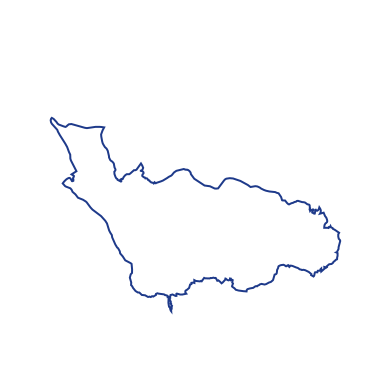 outline of Magherani, Mures, Romania, rotated 241°
{"feature_id": "2599482B35155087466971", "entity_name": "Magherani", "entity_type": "district", "adm_level": 2, "iso_a3": "ROU", "parent_name": "Romania", "parent_adm1": "Mures", "projection": "equal_earth", "projection_center": [24.936, 46.581], "detail": "fine", "context": "isolated", "style": "outline", "palette": "blue", "viewbox_px": 384, "rotation_deg": 241, "n_neighbors": 0, "source": "geoboundaries", "source_scale": "gbopen_adm2", "svg_char_len": 5944}
<svg xmlns="http://www.w3.org/2000/svg" viewBox="0 0 384 384"><g transform="rotate(241 192 192)"><path d="M133.5,275.5L134.0,273.4L134.1,270.9L134.6,270.4L136.3,269.8L139.4,269.3L140.9,266.9L141.2,266.8L144.4,267.5L148.9,267.1L150.0,265.9L151.6,264.7L154.9,260.0L157.2,257.4L158.8,256.0L161.5,254.1L162.7,253.6L164.2,252.6L165.3,251.7L166.4,250.2L168.0,245.6L171.1,244.2L178.2,239.7L183.9,234.5L185.8,231.7L187.0,228.5L187.0,227.0L186.5,225.5L182.5,216.6L183.3,214.7L184.1,213.5L188.3,210.5L191.6,206.1L202.5,200.4L208.1,199.7L209.8,200.2L211.7,199.9L213.2,199.2L213.8,198.4L214.0,198.4L214.8,196.9L215.2,196.8L216.1,195.9L218.1,188.6L217.8,185.7L216.6,182.7L216.4,181.8L216.5,178.9L216.3,177.4L216.1,172.1L216.4,169.7L217.3,165.0L217.2,164.6L217.4,164.3L217.8,164.4L218.6,164.0L218.1,163.4L218.3,163.1L218.1,162.6L219.0,162.3L220.1,161.0L221.3,160.6L221.8,160.2L222.1,160.1L222.6,160.3L223.6,159.8L223.9,159.4L225.2,159.4L225.7,159.2L226.3,158.5L226.5,157.8L227.5,157.8L228.4,156.9L229.0,156.8L229.2,156.6L230.1,156.3L230.7,156.6L231.3,157.2L231.6,158.2L231.9,158.7L232.8,159.1L234.1,158.8L235.3,157.5L235.5,157.6L235.3,159.0L235.8,159.8L236.8,161.0L239.3,161.3L241.7,161.2L238.4,154.2L238.6,152.8L239.2,151.8L238.1,146.9L238.0,145.7L239.2,143.5L239.1,142.0L238.7,140.7L238.1,139.3L236.9,137.6L236.9,137.4L237.2,137.2L236.9,136.2L237.0,135.9L237.4,136.6L237.6,136.5L237.5,135.2L237.3,135.0L235.6,135.1L235.6,134.9L238.7,132.8L239.6,133.0L240.6,132.4L242.4,132.4L245.3,132.9L247.4,133.9L247.9,135.1L248.4,135.8L249.5,136.1L250.9,136.1L254.8,137.4L256.0,137.3L257.5,136.9L258.1,136.5L259.5,136.0L261.3,136.1L262.4,136.2L263.7,136.8L269.0,138.3L271.4,138.3L273.5,137.6L275.7,137.5L277.8,137.5L279.9,138.0L284.4,139.5L286.4,140.4L289.2,143.6L291.1,146.5L293.2,143.7L295.7,139.3L298.8,131.1L300.1,129.4L309.9,119.5L310.9,117.1L310.6,115.3L310.2,113.9L310.3,112.8L311.9,111.3L315.7,108.1L317.0,107.6L319.0,107.4L323.0,106.4L324.8,105.3L324.4,104.3L323.3,103.2L321.3,102.5L319.6,102.5L311.7,104.3L309.8,104.0L305.9,104.0L295.8,104.6L291.8,104.6L286.7,103.8L283.7,103.6L280.2,101.8L278.3,101.4L266.2,101.0L265.8,95.2L264.5,95.9L264.2,96.2L263.4,96.5L262.7,96.1L262.4,95.6L262.3,95.2L261.8,95.0L261.3,94.3L260.1,94.2L259.3,93.6L259.4,92.7L259.7,92.3L261.9,92.3L263.3,92.0L263.9,91.4L264.0,90.8L264.1,89.5L263.9,87.8L263.1,85.1L262.2,83.1L258.6,83.9L257.8,84.4L254.2,87.4L252.4,87.8L250.0,87.6L246.5,88.9L242.3,89.5L238.1,92.9L235.2,94.5L234.0,94.9L227.8,95.7L224.9,96.4L215.0,100.8L208.9,102.2L205.7,102.4L198.6,100.9L196.0,100.8L193.2,101.0L191.0,100.2L183.3,99.5L179.8,99.6L178.6,100.1L175.2,100.1L173.1,99.4L169.3,100.2L164.6,100.5L159.6,103.8L158.4,104.3L153.4,102.1L150.3,100.3L149.7,98.5L147.2,96.1L142.4,95.0L140.1,93.6L139.1,93.9L138.0,94.0L136.9,93.9L132.8,94.6L130.4,95.9L129.6,97.2L126.3,98.2L124.4,100.9L121.6,102.6L121.3,103.2L121.1,104.1L120.1,105.0L120.2,106.6L119.3,107.5L119.4,108.8L119.4,110.5L120.3,111.1L120.2,112.6L119.3,113.5L116.1,117.8L115.3,118.4L114.9,118.4L113.7,119.9L113.1,120.1L112.2,119.8L112.2,120.5L111.6,120.7L106.6,117.7L104.0,116.7L102.7,116.3L102.1,116.9L100.2,116.2L98.5,115.9L97.8,116.0L98.9,116.5L99.7,117.6L101.5,118.6L102.1,119.3L102.9,119.0L103.8,119.3L104.4,119.2L104.6,119.6L105.3,119.5L106.1,120.2L106.9,120.2L107.7,120.4L109.0,120.4L109.4,120.6L109.8,121.1L109.9,121.6L110.9,121.9L111.5,122.4L111.6,122.8L112.3,123.3L111.8,125.3L109.1,127.2L108.7,128.0L110.5,129.0L110.5,129.5L108.1,131.9L107.1,133.6L105.8,137.7L107.4,137.5L108.3,138.0L108.8,138.5L108.9,139.1L108.9,140.3L109.5,143.0L112.0,145.5L111.7,146.8L112.0,147.2L112.8,147.5L112.2,149.1L111.3,150.0L113.8,151.3L112.3,152.3L109.9,155.7L109.9,156.8L109.2,157.2L111.0,161.0L110.1,161.7L108.4,164.6L107.8,165.6L107.8,166.5L107.2,167.4L106.7,169.2L105.7,170.2L105.4,171.0L105.2,171.1L102.1,171.1L102.0,172.2L100.0,173.0L97.8,173.6L98.0,175.0L99.3,178.9L99.8,179.0L100.1,179.3L99.9,179.5L98.0,180.2L97.0,181.1L96.9,181.6L97.0,182.4L97.5,183.1L97.9,183.3L97.4,184.0L96.3,183.8L95.9,183.5L95.5,184.8L95.2,184.9L94.1,183.9L93.3,183.3L92.1,183.5L90.2,181.3L89.6,181.3L87.1,182.5L85.3,182.9L83.3,184.9L80.4,188.8L78.6,191.5L79.6,192.2L80.1,193.3L80.0,194.0L79.6,195.8L78.5,199.1L78.8,201.6L78.6,202.4L78.0,203.2L78.2,203.6L78.1,205.6L78.3,206.6L77.9,208.3L75.9,210.6L75.5,212.2L75.5,215.4L75.1,217.3L75.6,219.9L75.9,220.4L79.7,224.2L79.5,225.3L79.5,226.0L79.8,226.6L80.9,227.5L82.5,228.6L83.9,230.6L84.6,231.1L85.1,231.8L85.1,233.1L84.9,234.4L84.0,236.7L83.0,237.5L81.7,238.0L81.4,238.3L81.2,239.0L81.5,239.5L81.4,240.6L79.3,240.8L79.5,241.5L80.2,241.6L79.9,242.4L79.1,243.5L78.4,244.2L75.4,246.6L74.5,247.5L73.6,248.1L72.3,248.6L71.1,249.9L70.5,250.3L69.9,251.8L68.6,253.2L65.4,255.4L62.3,256.6L61.6,255.9L59.2,257.3L59.4,258.0L60.0,258.7L61.5,259.9L62.1,260.8L61.0,262.7L61.9,263.5L62.1,263.9L61.0,266.0L62.1,266.8L62.4,267.9L59.8,266.6L60.7,270.7L62.3,271.4L61.2,272.6L60.8,272.6L60.9,273.7L61.7,273.9L62.3,276.9L61.4,279.2L61.7,281.0L62.3,281.9L62.5,283.4L63.0,285.0L62.8,285.9L62.9,286.3L64.5,287.3L65.5,288.3L68.0,289.7L69.2,288.9L69.1,289.5L71.1,292.5L72.7,293.5L77.3,297.9L78.2,298.1L80.0,297.7L82.1,298.3L84.1,299.4L85.0,300.9L90.0,298.4L91.4,297.4L92.3,297.5L93.6,296.5L95.0,296.6L94.4,295.8L94.7,295.1L95.0,294.9L95.0,294.7L94.3,294.1L94.3,293.9L95.0,293.2L96.6,290.3L98.0,291.2L99.1,292.2L99.8,293.5L99.9,294.4L100.3,295.6L101.0,296.2L102.4,296.7L104.5,297.0L106.5,296.7L110.1,297.1L111.0,293.4L111.7,294.5L112.6,295.2L113.6,295.8L115.2,296.0L116.8,295.9L115.9,295.0L115.3,294.2L115.0,293.4L114.9,292.5L115.1,292.1L115.7,291.7L116.5,291.7L116.6,291.4L113.6,288.9L113.8,288.4L115.4,287.4L115.5,287.7L116.3,287.5L117.1,289.1L117.7,289.6L117.9,289.6L118.1,289.4L117.7,288.8L117.5,288.2L118.8,287.4L118.2,286.1L120.0,286.5L120.7,287.5L121.3,287.5L123.2,288.4L123.8,288.4L124.1,288.3L125.4,286.9L127.9,285.8L128.8,284.9L129.8,283.4L132.9,280.4L133.3,279.4L133.1,278.2L133.6,276.7L133.5,275.5Z" fill="none" stroke="#1e3a8a" stroke-width="2"/></g></svg>